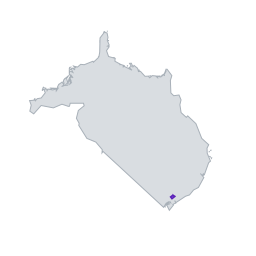 Skamania, Washington, United States of America (highlighted), rotated 232°
{"feature_id": "52423323B13974884585376", "entity_name": "Skamania", "entity_type": "district", "adm_level": 2, "iso_a3": "USA", "parent_name": "United States of America", "parent_adm1": "Washington", "projection": "albers", "projection_center": [-121.935, 45.968], "detail": "fine", "context": "in_parent", "style": "filled", "palette": "violet", "viewbox_px": 256, "rotation_deg": 232, "n_neighbors": 0, "source": "geoboundaries", "source_scale": "gbopen_adm2", "svg_char_len": 4022}
<svg xmlns="http://www.w3.org/2000/svg" viewBox="0 0 256 256"><g transform="rotate(232 128 128)"><path d="M189.8,81.6L199.2,73.4L197.2,62.4L201.7,61.0L205.6,65.8L210.2,67.3L207.5,71.4L208.0,72.5L206.5,71.8L207.0,74.5L205.1,78.1L206.7,84.5L209.9,85.4L210.9,84.2L209.9,83.5L210.6,83.7L211.4,84.7L208.6,87.9L207.2,87.2L207.9,89.0L204.3,92.1L202.7,96.2L202.2,94.9L201.4,94.3L202.4,97.6L203.6,97.5L204.9,100.0L204.8,104.4L201.4,104.0L201.5,101.2L200.8,103.5L202.8,105.2L204.5,105.8L205.5,107.1L205.9,113.7L204.8,110.1L200.9,108.5L200.3,104.6L198.8,106.9L202.4,110.9L199.5,110.8L198.9,111.4L198.7,109.6L198.4,109.2L198.4,110.7L198.9,111.7L203.1,111.5L202.9,112.8L200.6,112.0L199.9,112.1L202.8,112.9L203.8,112.8L204.0,114.2L202.5,113.9L205.1,114.7L204.9,115.2L203.6,114.8L201.4,115.6L204.9,115.7L206.3,114.7L210.5,117.9L207.1,115.5L208.9,117.3L205.7,118.8L209.1,119.5L209.7,118.2L209.6,120.9L206.4,122.0L208.7,121.9L207.8,123.8L210.0,123.4L207.1,125.8L207.3,129.9L204.8,132.5L202.2,141.5L201.1,141.3L201.7,147.7L202.2,149.1L205.3,152.5L216.2,161.4L218.0,168.3L215.8,170.0L211.7,168.0L209.8,165.6L204.8,164.2L205.2,162.2L203.6,163.2L202.2,158.7L196.3,156.7L190.8,160.7L188.6,158.8L182.6,161.4L183.0,160.1L182.4,161.5L179.9,163.2L179.0,161.3L179.2,162.8L171.1,166.7L175.0,166.2L174.6,168.5L178.0,169.0L177.0,170.5L173.1,169.5L173.6,171.3L169.2,172.3L166.0,171.0L165.0,172.7L158.3,173.2L155.7,176.9L156.3,175.9L154.2,176.0L154.3,179.4L151.2,182.7L151.9,181.8L149.3,182.3L150.5,183.0L148.0,185.3L148.0,189.1L146.5,188.9L147.9,189.5L149.1,192.6L150.9,194.1L150.2,195.0L142.3,194.8L139.4,190.7L129.3,183.4L125.3,183.9L122.6,188.5L117.5,187.1L114.4,183.2L107.4,179.3L100.5,180.5L100.8,182.5L89.6,184.2L74.4,179.7L65.1,181.3L63.5,177.9L59.4,174.9L51.1,172.6L51.0,170.2L44.1,159.3L44.3,158.2L45.7,159.6L44.8,157.2L47.6,157.0L42.3,157.3L37.8,146.9L38.8,141.5L37.4,135.3L38.8,131.3L39.7,119.8L42.1,120.1L39.4,119.5L40.2,116.4L39.3,116.4L37.7,109.9L43.6,111.1L42.4,114.5L44.3,112.1L44.2,115.0L42.8,115.6L43.8,115.8L44.9,114.6L45.2,111.7L43.6,107.2L124.9,93.9L124.4,92.2L126.8,94.4L136.7,94.0L145.1,89.2L160.3,90.8L161.8,92.4L167.4,93.3L172.4,99.7L172.5,107.1L174.9,108.2L183.1,97.7L181.2,95.3L181.8,94.3L187.4,90.6L189.8,81.6ZM206.2,92.4L207.7,90.9L202.8,96.7L206.5,91.3L206.2,92.4ZM44.1,110.0L44.8,111.8L44.8,112.1L43.7,110.7L44.1,110.0ZM150.6,193.6L148.8,191.1L148.4,189.6L149.0,191.2L150.6,193.6ZM208.0,71.3L208.5,72.1L208.2,72.1L208.0,71.3ZM166.4,171.7L166.8,172.3L165.9,172.1L166.4,171.7ZM54.3,175.3L55.3,174.9L55.3,175.0L54.3,175.3ZM53.3,175.1L53.0,175.6L52.6,175.1L53.3,175.1ZM210.2,86.8L210.1,87.7L209.9,87.6L210.2,86.8ZM148.5,187.9L148.3,189.4L148.8,186.5L148.5,187.9ZM212.7,158.4L214.8,160.1L212.5,158.3L212.7,158.4ZM59.3,177.3L59.7,178.0L59.2,177.4L59.3,177.3ZM218.5,168.4L218.2,169.5L218.6,167.3L218.5,168.4ZM211.6,119.1L211.5,120.4L210.7,118.0L211.6,119.1ZM43.3,108.5L43.3,109.0L42.9,108.7L43.3,108.5ZM150.7,183.5L149.5,184.5L150.7,183.3L150.7,183.5ZM212.0,85.9L212.3,86.4L211.7,86.7L212.0,85.9ZM59.3,179.3L59.7,180.2L59.2,179.4L59.3,179.3ZM149.4,185.1L148.9,185.6L149.2,185.0L149.4,185.1ZM205.8,108.2L205.9,109.8L205.6,107.7L205.8,108.2ZM155.5,177.6L154.8,178.4L155.7,177.1L155.5,177.6ZM202.2,148.2L202.5,149.3L202.1,148.7L202.2,148.2ZM210.4,123.4L210.2,123.7L210.5,122.6L210.4,123.4ZM192.8,159.4L192.1,160.4L191.7,160.5L192.8,159.4ZM179.4,163.2L179.3,163.4L178.7,163.6L179.4,163.2ZM208.8,166.3L209.3,166.8L208.5,166.2L208.8,166.3ZM177.4,165.7L177.5,166.4L177.0,165.3L177.4,165.7ZM217.1,171.3L216.6,171.6L217.3,171.0L217.1,171.3ZM205.0,100.5L205.0,101.3L204.9,100.2L205.0,100.5ZM211.0,121.0L210.8,121.4L211.0,121.0Z" fill="#d9dde1" stroke="#a8b0b8" stroke-width="1"/><path d="M47.5,120.7L47.5,119.1L45.6,119.1L45.2,119.1L45.2,119.9L45.2,120.6L45.2,121.5L45.2,122.6L45.2,122.9L45.3,122.9L45.5,122.8L45.8,122.6L46.0,122.6L46.2,122.4L46.3,122.4L46.6,122.2L46.8,122.3L47.0,122.2L47.4,122.1L47.5,122.1L47.4,121.9L47.5,121.9L47.2,121.9L47.2,121.5L47.2,120.7L47.5,120.7Z" fill="#8b5cf6" stroke="#5b21b6" stroke-width="1.5"/></g></svg>